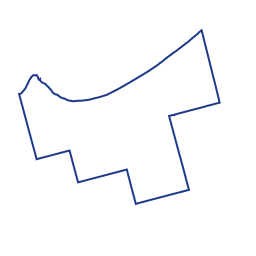 the district of Kingston (SA), South Australia, Australia, rotated 75°
{"feature_id": "25037944B29779306176871", "entity_name": "Kingston (SA)", "entity_type": "district", "adm_level": 2, "iso_a3": "AUS", "parent_name": "Australia", "parent_adm1": "South Australia", "projection": "natural_earth1", "projection_center": [139.822, -36.641], "detail": "fine", "context": "isolated", "style": "outline", "palette": "blue", "viewbox_px": 256, "rotation_deg": 75, "n_neighbors": 0, "source": "geoboundaries", "source_scale": "gbopen_adm2", "svg_char_len": 5052}
<svg xmlns="http://www.w3.org/2000/svg" viewBox="0 0 256 256"><g transform="rotate(75 128 128)"><path d="M52.6,31.6L52.7,32.0L52.8,32.1L52.9,32.3L53.0,32.5L53.2,32.8L53.5,33.5L53.9,34.3L54.0,34.6L54.2,34.9L54.4,35.2L54.7,35.7L54.8,35.9L54.8,36.0L55.3,36.8L55.8,38.2L56.0,38.5L56.3,39.0L56.5,39.5L56.6,39.8L56.7,40.0L57.1,40.8L57.2,41.1L57.4,41.6L57.5,42.0L57.7,42.4L57.8,42.5L58.0,42.9L58.3,43.4L58.5,43.8L58.7,44.2L59.0,44.9L59.2,45.5L59.9,46.6L60.3,47.3L60.4,47.8L60.6,48.3L60.8,48.8L60.9,49.1L60.9,49.3L61.0,49.5L61.4,50.3L61.5,51.0L61.9,51.6L62.0,51.7L62.3,52.5L62.5,53.0L62.7,53.7L63.0,54.2L63.1,54.6L63.3,55.0L63.5,55.3L63.8,56.2L63.9,56.4L64.2,57.0L64.4,57.5L64.5,57.8L64.7,58.2L64.8,58.7L65.3,59.6L65.4,60.1L65.5,60.3L65.6,60.5L66.0,61.3L66.1,61.6L66.2,61.9L66.3,62.2L66.5,62.5L66.7,63.5L66.8,63.8L66.9,64.2L67.4,65.4L67.6,65.6L67.8,66.1L67.9,66.5L68.0,66.7L68.0,66.8L68.1,67.1L68.3,67.5L68.4,67.9L68.5,68.0L68.6,68.3L68.7,68.6L68.8,68.9L69.0,69.3L69.1,69.7L69.3,70.1L69.6,70.9L69.8,71.4L70.2,72.1L70.4,72.9L70.8,73.6L71.1,74.3L71.2,74.6L71.3,74.8L71.4,75.2L71.8,75.9L72.0,76.4L72.3,76.9L72.6,77.7L73.3,79.3L73.4,80.0L73.6,80.4L73.9,81.1L74.0,81.3L74.5,82.4L74.9,83.3L75.2,84.2L75.8,85.8L76.0,86.5L76.2,87.0L76.3,87.5L76.7,88.6L76.8,89.0L77.2,90.2L77.4,90.8L77.6,91.3L78.2,93.0L78.3,93.1L78.4,93.4L78.4,93.7L78.6,94.2L78.7,94.5L79.0,95.7L79.2,96.3L80.0,99.0L80.5,100.5L80.6,101.0L80.9,102.2L81.3,103.7L81.5,104.3L82.1,106.3L82.3,106.9L82.5,107.4L82.6,107.9L82.7,108.3L82.8,108.7L83.0,109.6L83.2,110.1L83.3,110.7L83.5,111.1L83.6,111.5L83.7,111.9L83.9,112.5L84.0,113.2L84.4,114.2L84.6,114.9L84.8,115.6L84.9,116.7L85.0,116.9L85.2,117.4L85.4,118.0L85.5,118.7L85.7,119.4L85.8,119.6L85.8,119.8L86.0,120.2L86.1,120.7L86.3,121.5L86.4,121.8L86.5,122.1L86.6,122.8L86.8,123.6L87.0,124.3L87.1,124.7L87.3,125.2L87.7,127.1L88.1,128.6L88.8,132.1L89.1,133.1L89.5,135.3L89.6,135.9L89.9,137.2L90.2,138.6L90.4,139.4L90.5,140.4L90.5,141.2L90.6,143.6L90.8,146.3L90.8,147.1L90.8,149.4L90.8,149.9L90.7,150.8L90.6,151.6L90.6,153.6L90.7,155.2L90.7,155.8L90.6,157.4L90.5,159.3L90.4,160.5L90.1,161.9L90.0,163.0L89.8,164.8L89.7,165.0L89.5,165.8L89.5,166.3L89.4,166.7L89.1,167.5L88.9,168.3L88.9,169.2L88.6,170.0L88.6,170.3L88.5,170.9L88.4,171.1L88.4,171.6L88.4,171.8L88.4,172.1L88.2,172.9L88.2,173.3L88.0,173.5L87.9,173.9L87.6,174.9L87.4,175.1L87.2,175.4L87.2,175.5L87.1,176.1L86.9,176.3L86.7,176.9L86.5,177.3L86.4,177.5L86.2,177.8L86.1,178.1L85.9,178.3L85.7,178.7L85.4,179.2L85.3,179.4L85.0,179.8L84.8,180.0L84.7,180.1L84.4,180.3L83.9,180.8L83.3,181.3L83.2,181.4L83.0,182.2L82.6,182.7L82.4,183.2L82.2,183.6L82.0,184.0L81.8,184.1L81.5,184.5L81.2,184.8L81.0,185.0L80.6,185.3L80.1,185.8L79.9,186.1L79.4,186.4L79.0,186.6L78.7,186.7L78.3,186.9L78.2,187.1L77.6,187.8L77.2,188.4L77.0,188.6L76.8,189.2L76.6,189.3L76.5,189.6L76.1,190.1L75.8,190.4L75.2,190.8L74.9,191.0L74.4,191.4L74.1,191.6L73.1,192.0L72.7,192.1L72.4,192.2L72.0,192.3L71.8,192.3L71.7,192.3L71.4,192.6L70.6,192.8L70.3,193.1L69.9,193.2L69.7,193.4L69.5,193.5L69.2,193.6L68.8,193.8L68.6,193.9L68.1,194.0L67.7,194.3L67.4,194.6L67.1,194.8L66.9,195.0L66.6,195.3L66.3,195.4L66.1,195.5L65.7,195.6L65.1,195.7L64.9,195.9L64.7,196.0L64.3,196.3L64.1,196.4L63.8,196.8L63.7,197.0L63.4,197.2L63.1,197.6L62.8,198.0L62.5,198.4L62.4,198.5L62.2,198.7L61.9,199.0L61.3,199.5L61.1,199.6L60.9,199.7L60.4,200.0L60.0,200.2L58.4,201.3L57.8,200.1L57.7,200.1L58.0,201.0L57.9,201.1L57.7,201.3L57.7,201.6L56.7,201.9L56.0,201.8L55.4,201.9L54.8,202.1L54.6,202.2L54.2,202.2L53.8,202.1L53.7,202.1L53.5,202.4L53.3,202.7L53.3,203.0L53.3,203.3L53.3,203.7L53.1,204.1L53.0,204.4L52.8,204.6L52.7,204.7L52.7,204.9L52.7,205.5L52.5,205.9L52.5,206.0L52.9,206.6L53.0,206.7L53.1,206.9L53.3,207.2L53.3,207.3L53.4,207.5L53.6,207.9L53.7,208.2L53.9,208.3L54.3,208.7L54.6,209.0L54.9,209.4L55.1,209.7L55.3,209.9L55.4,210.1L55.7,210.3L56.3,211.0L56.7,211.3L57.1,211.8L57.5,212.0L57.8,212.1L58.1,212.4L58.3,212.7L58.5,212.8L58.7,213.1L58.9,213.2L59.1,213.3L59.6,213.6L60.0,214.1L60.2,214.3L60.3,214.4L60.4,214.5L60.5,214.6L60.8,214.9L61.2,215.2L61.6,215.5L62.0,215.8L62.5,216.2L62.8,216.5L63.1,216.9L63.2,217.0L63.5,217.4L63.6,217.5L63.8,217.7L63.9,217.9L64.0,218.1L64.5,218.6L64.6,218.8L64.8,219.1L65.0,219.5L65.2,219.8L65.5,220.1L65.7,220.4L66.1,221.1L66.4,221.4L66.5,221.5L66.9,222.2L67.0,222.8L67.1,223.3L67.1,223.7L66.9,224.2L66.9,224.4L84.3,224.4L98.6,224.4L110.0,224.4L134.5,224.3L134.5,216.7L134.6,190.3L167.6,190.3L167.6,186.9L167.6,185.6L167.8,139.9L192.6,140.1L196.4,140.0L196.9,140.0L197.0,140.1L201.4,140.1L202.5,140.1L202.9,140.1L203.3,140.1L203.3,135.8L203.3,123.5L203.4,108.7L203.4,103.7L203.5,85.1L192.0,85.2L190.6,85.1L170.9,85.1L167.9,85.2L151.9,85.2L150.6,85.2L150.3,85.2L134.8,85.2L127.0,85.2L127.0,83.9L127.1,83.7L127.0,83.3L127.0,82.5L127.1,82.3L127.1,82.1L127.0,81.9L127.0,81.5L127.3,80.8L127.3,80.5L127.3,80.4L127.5,80.1L127.3,79.7L127.2,79.6L127.3,79.5L127.3,79.3L127.3,79.2L127.2,79.0L127.1,78.9L127.1,67.8L127.2,46.9L127.1,46.0L127.2,43.4L127.2,32.9L117.9,32.7L114.7,32.6L52.6,31.6Z" fill="none" stroke="#1e3a8a" stroke-width="2"/></g></svg>